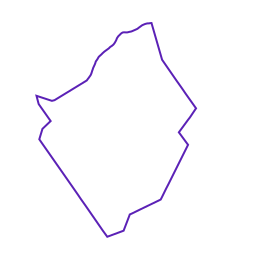 Rosario Vera Peñaloza, La Rioja, Argentina, rotated 234°
{"feature_id": "61730980B25026306557945", "entity_name": "Rosario Vera Peñaloza", "entity_type": "district", "adm_level": 2, "iso_a3": "ARG", "parent_name": "Argentina", "parent_adm1": "La Rioja", "projection": "orthographic", "projection_center": [-66.437, -31.455], "detail": "fine", "context": "isolated", "style": "outline", "palette": "violet", "viewbox_px": 256, "rotation_deg": 234, "n_neighbors": 0, "source": "geoboundaries", "source_scale": "gbopen_adm2", "svg_char_len": 1828}
<svg xmlns="http://www.w3.org/2000/svg" viewBox="0 0 256 256"><g transform="rotate(234 128 128)"><path d="M167.7,49.5L118.4,48.6L108.6,48.4L104.0,48.3L98.0,48.1L89.8,48.0L59.7,47.3L52.2,47.3L47.5,64.1L56.3,77.6L57.0,78.6L56.6,80.5L56.4,81.5L55.0,89.6L50.9,112.4L52.1,114.8L56.6,123.3L56.7,123.5L58.7,127.5L79.1,166.7L94.6,166.6L99.2,181.0L100.2,184.4L101.3,187.4L103.5,193.4L103.6,193.7L103.9,194.6L121.9,194.8L128.7,195.0L138.0,195.1L163.2,195.7L199.1,208.7L199.8,207.6L200.2,206.7L200.7,205.9L201.2,205.2L201.6,204.3L201.9,203.5L202.2,202.6L202.4,201.7L202.6,200.8L202.8,199.9L202.8,198.9L202.8,198.0L202.8,197.1L202.8,196.1L202.8,195.2L202.7,194.3L202.8,193.4L203.0,192.5L203.2,191.5L203.4,190.6L203.6,189.7L203.8,188.8L204.0,187.9L204.3,187.0L204.7,186.2L205.1,185.3L205.4,184.5L205.8,183.6L206.3,182.9L206.9,182.1L207.5,181.4L208.0,180.6L208.4,179.8L208.5,178.9L208.5,178.0L208.4,177.0L208.2,176.1L208.1,175.2L208.0,174.3L207.7,173.4L207.4,172.5L207.0,171.6L206.5,170.9L206.0,170.1L205.6,169.3L205.2,168.4L204.8,167.6L204.5,166.7L204.2,165.8L204.0,164.9L204.0,164.0L203.9,163.1L204.0,162.1L204.0,161.2L203.9,160.3L203.7,159.4L203.7,158.4L203.7,157.5L203.7,156.6L203.7,155.6L203.7,154.7L203.7,153.8L203.6,152.9L203.5,151.9L203.4,151.0L203.2,150.1L203.1,149.2L203.0,148.2L202.9,147.3L202.8,146.4L202.5,145.5L202.1,144.7L201.7,143.8L201.4,143.0L201.1,142.1L200.8,141.2L200.3,140.4L199.7,139.7L199.2,138.9L198.7,138.1L198.3,137.3L197.8,136.5L197.4,135.7L196.9,134.9L196.3,134.1L195.8,133.4L195.3,132.6L194.7,131.9L194.2,131.1L193.6,130.4L193.2,129.6L192.7,128.8L192.4,127.9L192.1,127.0L191.8,126.1L191.5,125.2L191.3,124.4L191.0,123.5L190.7,122.6L191.4,113.7L193.7,84.9L194.7,82.4L207.8,72.9L205.0,71.8L200.9,70.2L199.8,69.8L179.1,69.5L177.6,58.3L171.0,49.6L167.7,49.5Z" fill="none" stroke="#5b21b6" stroke-width="2"/></g></svg>